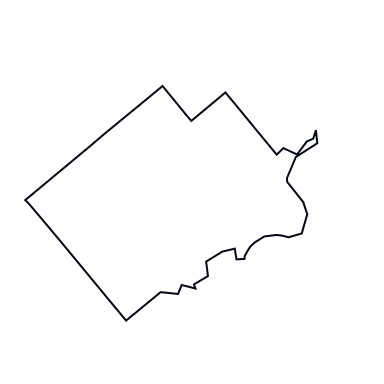 the district of Faulkner, Arkansas, United States of America, rotated 229°
{"feature_id": "52423323B52169661365979", "entity_name": "Faulkner", "entity_type": "district", "adm_level": 2, "iso_a3": "USA", "parent_name": "United States of America", "parent_adm1": "Arkansas", "projection": "robinson", "projection_center": [-92.416, 35.105], "detail": "fine", "context": "isolated", "style": "outline", "palette": "ink", "viewbox_px": 384, "rotation_deg": 229, "n_neighbors": 0, "source": "geoboundaries", "source_scale": "gbopen_adm2", "svg_char_len": 744}
<svg xmlns="http://www.w3.org/2000/svg" viewBox="0 0 384 384"><g transform="rotate(229 192 192)"><path d="M107.0,187.8L109.1,189.7L111.3,195.9L112.6,200.4L112.8,206.1L111.0,217.4L104.3,227.4L100.5,231.0L94.5,235.2L88.7,247.6L99.6,264.4L111.4,269.3L137.3,270.5L140.3,273.0L150.3,293.4L146.6,318.5L157.4,326.1L152.7,318.5L154.8,311.8L151.4,295.9L165.2,289.7L164.6,280.4L231.6,282.2L245.2,282.5L246.1,238.1L254.5,238.2L291.3,239.3L291.5,231.5L292.0,211.6L293.3,165.8L293.5,145.1L295.3,60.8L290.4,61.2L265.4,60.9L235.3,60.3L176.3,58.8L172.9,58.7L138.2,57.9L137.0,102.6L124.2,114.6L128.6,123.2L116.9,131.3L121.0,132.8L118.1,148.9L130.2,157.0L127.1,175.9L121.2,187.1L112.0,181.4L107.0,187.8Z" fill="none" stroke="#020617" stroke-width="2"/></g></svg>